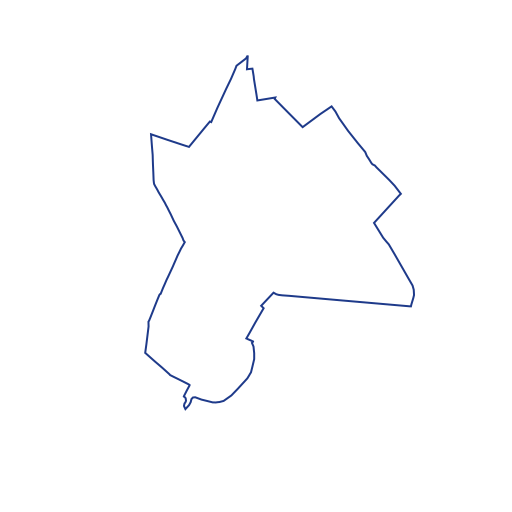 the district of Santana, Arad, Romania, rotated 125°
{"feature_id": "2599482B38045999797675", "entity_name": "Santana", "entity_type": "district", "adm_level": 2, "iso_a3": "ROU", "parent_name": "Romania", "parent_adm1": "Arad", "projection": "orthographic", "projection_center": [21.52, 46.341], "detail": "fine", "context": "isolated", "style": "outline", "palette": "blue", "viewbox_px": 512, "rotation_deg": 125, "n_neighbors": 0, "source": "geoboundaries", "source_scale": "gbopen_adm2", "svg_char_len": 2439}
<svg xmlns="http://www.w3.org/2000/svg" viewBox="0 0 512 512"><g transform="rotate(125 256 256)"><path d="M254.7,381.5L255.1,381.1L255.5,380.7L256.7,378.4L257.5,376.6L258.5,374.5L259.5,372.6L260.5,370.4L261.5,368.1L263.3,364.3L264.6,361.4L265.1,360.4L265.3,360.1L266.0,358.8L267.1,356.5L268.6,353.8L270.4,350.4L270.6,350.0L274.3,343.6L275.8,340.6L277.3,337.6L283.4,326.4L284.8,324.4L285.2,323.3L285.5,322.3L289.6,321.9L292.8,321.7L296.5,321.1L300.6,320.5L304.9,319.6L309.9,318.6L312.2,318.1L323.5,316.1L326.7,315.6L331.0,314.7L335.6,313.8L341.2,312.5L341.7,312.4L342.4,312.8L343.4,312.8L349.2,311.5L354.7,310.2L360.0,308.9L367.1,307.2L370.2,306.5L371.5,306.4L375.3,303.6L391.3,295.1L398.9,291.2L400.2,279.9L400.5,277.2L401.3,268.8L402.5,259.1L402.8,258.1L402.3,254.6L401.5,249.5L399.8,237.8L399.7,236.5L400.1,236.2L406.1,235.5L411.8,234.7L412.5,234.5L412.5,233.1L412.9,232.0L414.1,230.9L414.7,230.3L416.4,229.9L417.0,229.9L417.8,230.0L418.4,229.7L419.0,229.5L420.1,229.0L420.7,228.1L421.9,226.0L416.5,225.3L413.1,225.7L411.6,226.3L410.2,226.8L408.1,226.5L406.6,224.8L404.9,218.3L402.8,212.9L400.7,207.4L399.0,204.9L397.7,203.5L396.6,202.2L393.3,199.4L384.4,196.2L375.6,194.8L361.2,192.9L359.7,193.0L357.9,193.1L356.9,193.2L355.8,193.3L355.2,193.3L354.1,193.4L348.9,195.4L341.6,198.3L340.7,198.9L336.7,201.7L331.6,206.1L329.5,209.5L327.8,209.3L327.7,209.4L329.1,216.6L322.4,217.2L310.9,218.4L294.4,219.8L293.8,223.2L276.0,220.6L275.7,217.5L274.9,215.2L273.2,212.0L269.6,206.0L242.7,159.4L227.6,133.3L210.6,103.9L208.8,100.8L208.4,100.2L206.4,101.0L200.3,103.0L197.5,104.1L197.3,104.2L196.0,105.2L193.2,107.4L190.4,110.8L186.4,119.4L175.0,143.6L170.3,153.9L169.4,157.6L168.1,162.3L161.2,178.3L124.6,173.5L122.0,173.0L118.9,182.8L117.3,190.5L114.3,208.1L113.7,210.5L114.1,213.2L113.7,214.7L111.8,219.1L110.4,222.7L108.2,226.1L105.1,237.5L100.7,252.3L97.8,260.4L95.5,266.9L92.1,273.8L90.1,279.9L102.7,284.7L123.7,291.7L118.9,318.3L116.6,330.8L115.1,331.1L127.8,344.1L123.4,348.3L112.2,359.2L110.1,361.0L106.1,364.9L104.6,366.4L105.1,367.0L108.0,370.3L108.2,370.5L97.2,377.3L97.4,377.7L99.9,377.5L111.3,381.1L114.9,380.2L125.1,378.1L136.2,376.3L156.8,372.6L172.0,369.5L172.3,370.9L179.3,371.5L205.1,373.5L207.7,382.0L211.6,395.0L214.5,405.0L216.5,411.8L225.3,404.6L232.5,398.6L236.0,396.0L240.0,393.0L246.9,387.7L252.7,383.3L253.0,383.0L253.5,382.6L253.8,382.3L254.4,381.8L254.7,381.5Z" fill="none" stroke="#1e3a8a" stroke-width="2"/></g></svg>